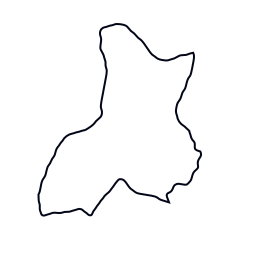 Vallejuelo, San Juan, Dominican Republic, rotated 280°
{"feature_id": "3306468B66406658248209", "entity_name": "Vallejuelo", "entity_type": "district", "adm_level": 2, "iso_a3": "DOM", "parent_name": "Dominican Republic", "parent_adm1": "San Juan", "projection": "albers", "projection_center": [-71.34, 18.666], "detail": "fine", "context": "isolated", "style": "outline", "palette": "ink", "viewbox_px": 256, "rotation_deg": 280, "n_neighbors": 0, "source": "geoboundaries", "source_scale": "gbopen_adm2", "svg_char_len": 3466}
<svg xmlns="http://www.w3.org/2000/svg" viewBox="0 0 256 256"><g transform="rotate(280 128 128)"><path d="M135.8,188.8L139.3,183.5L141.0,180.0L142.2,178.4L143.6,176.9L144.7,176.1L145.8,175.3L148.2,174.3L150.3,173.2L152.1,172.5L153.5,172.2L154.9,172.1L157.1,172.1L159.3,172.2L160.7,172.4L162.0,172.8L164.8,174.1L166.0,174.5L167.4,174.8L171.0,175.3L172.4,175.5L173.6,176.0L175.8,177.0L177.1,177.4L179.2,177.7L183.5,178.0L185.6,178.3L187.5,178.8L190.2,180.1L191.6,180.4L193.1,180.6L198.4,180.8L205.3,180.9L208.3,180.8L209.7,180.6L211.1,180.3L212.2,179.8L213.4,179.1L212.1,176.1L210.5,173.4L210.0,172.2L209.7,171.0L208.9,167.8L208.4,166.6L207.7,165.5L204.7,161.7L201.6,155.6L201.2,154.3L201.0,152.3L200.9,149.6L201.0,147.6L201.2,146.2L201.6,144.9L202.1,143.8L203.2,141.7L204.0,140.0L204.6,138.8L205.5,137.7L206.9,136.1L214.1,129.0L215.5,127.4L216.4,126.3L217.1,125.2L218.6,122.3L222.3,117.5L224.1,114.0L227.5,109.8L228.2,108.6L228.4,108.0L228.8,106.0L228.9,103.3L228.7,100.6L228.4,98.6L228.0,97.4L226.5,94.7L225.6,92.3L224.1,89.6L222.8,86.8L222.1,85.8L221.2,85.0L220.2,84.3L219.5,84.1L218.3,83.9L217.0,83.9L215.7,84.1L215.1,84.3L212.4,85.6L211.8,85.8L210.6,86.2L208.6,86.4L203.9,86.6L201.9,86.9L201.3,87.1L200.1,87.8L196.4,90.7L195.3,91.4L192.9,92.5L190.3,93.9L189.1,94.4L185.9,95.0L184.7,95.4L182.0,96.7L180.8,97.1L180.1,97.2L178.0,97.4L175.8,97.5L150.2,97.2L146.6,97.3L144.5,97.5L143.1,97.9L140.5,99.2L139.3,99.6L137.4,99.8L136.1,99.7L134.8,99.4L133.6,98.7L129.3,95.4L126.5,93.9L125.3,93.1L123.1,91.2L120.6,88.6L119.2,87.0L118.4,85.8L117.4,83.4L115.7,80.2L114.7,77.8L113.3,75.2L112.2,72.8L111.6,71.7L110.8,70.6L109.4,69.0L107.8,67.7L106.7,66.9L104.4,65.9L101.2,64.1L98.8,63.1L96.7,62.0L95.6,61.5L93.7,61.0L89.7,60.6L88.4,60.4L87.2,60.0L84.5,58.7L79.5,57.3L76.8,56.0L75.6,55.6L73.6,55.3L68.9,55.0L66.9,54.8L65.1,54.2L62.3,53.0L60.3,52.5L58.2,52.3L52.4,52.2L50.3,52.1L48.9,51.9L46.9,51.4L41.3,52.6L40.1,53.0L37.4,54.3L36.1,54.6L32.9,55.2L31.7,55.6L28.8,57.2L27.9,57.8L27.5,58.2L27.3,58.8L27.1,59.3L27.1,59.9L27.2,60.5L27.6,61.5L28.7,63.5L29.8,65.8L31.0,67.9L31.5,69.0L31.9,70.9L32.3,74.9L32.6,76.2L33.0,77.4L34.3,80.1L34.6,81.4L35.3,84.6L35.8,85.7L37.2,88.4L38.3,90.7L39.4,92.8L39.8,93.9L39.9,94.5L39.9,95.8L39.6,97.0L38.1,99.6L37.1,101.8L35.9,103.7L35.5,104.7L35.4,105.3L35.5,105.8L35.6,106.4L35.9,106.9L36.3,107.3L36.8,107.5L40.1,108.4L43.3,110.0L45.7,111.0L48.9,112.7L51.3,113.7L54.5,115.6L56.8,116.6L58.5,117.8L61.7,120.4L62.8,121.1L65.1,122.2L68.4,123.9L71.3,125.2L74.8,127.2L75.6,127.9L76.0,128.4L76.2,129.0L76.4,130.2L76.3,131.5L76.0,132.7L75.6,133.3L74.4,135.0L70.3,139.1L69.0,140.7L68.3,141.9L67.5,143.6L66.1,146.3L65.7,147.5L65.4,148.9L65.3,151.1L65.4,162.9L65.2,166.5L64.7,168.6L63.4,171.3L62.9,173.1L61.9,181.3L67.0,178.3L68.1,177.9L69.2,177.8L69.7,178.0L70.2,178.2L70.6,178.5L72.2,180.6L73.5,181.7L74.0,181.9L75.2,182.4L78.2,183.1L79.4,183.6L79.9,184.0L80.7,184.9L81.4,185.9L81.6,186.6L81.8,187.3L81.9,188.6L82.0,193.5L82.2,194.8L82.4,195.4L82.8,195.9L83.6,196.7L86.0,198.2L87.1,198.8L87.7,199.0L89.0,199.3L93.0,199.7L94.9,200.1L95.5,200.3L96.7,200.9L99.8,203.2L100.8,203.7L101.4,203.8L102.4,203.7L105.0,202.9L106.2,202.7L107.5,202.7L109.4,203.1L111.5,204.0L112.6,204.4L113.8,204.6L114.4,204.6L115.6,204.3L117.4,203.3L117.8,200.6L118.1,199.4L118.6,198.3L118.9,197.9L119.4,197.5L120.6,197.1L123.7,196.6L124.8,196.2L125.8,195.6L127.5,193.5L128.8,192.4L129.9,191.7L132.1,190.7L134.2,189.5L135.8,188.8Z" fill="none" stroke="#020617" stroke-width="2"/></g></svg>